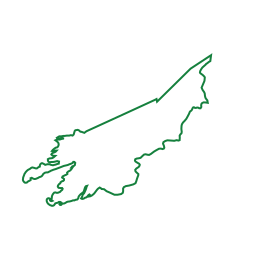 Carutapera, Maranhão, Brazil, rotated 222°
{"feature_id": "56859067B5392779567911", "entity_name": "Carutapera", "entity_type": "district", "adm_level": 2, "iso_a3": "BRA", "parent_name": "Brazil", "parent_adm1": "Maranhão", "projection": "robinson", "projection_center": [-45.994, -1.395], "detail": "fine", "context": "isolated", "style": "outline", "palette": "green", "viewbox_px": 256, "rotation_deg": 222, "n_neighbors": 0, "source": "geoboundaries", "source_scale": "gbopen_adm2", "svg_char_len": 4622}
<svg xmlns="http://www.w3.org/2000/svg" viewBox="0 0 256 256"><g transform="rotate(222 128 128)"><path d="M85.6,200.1L87.5,201.6L89.8,202.0L90.7,202.3L92.2,203.3L94.1,205.0L95.4,205.6L98.0,206.2L100.3,207.2L102.6,213.9L103.0,214.6L104.8,217.0L105.7,217.3L108.0,217.4L110.8,217.1L111.6,217.3L112.4,218.5L112.9,220.4L113.2,222.7L112.7,227.1L112.8,228.0L112.4,229.2L112.2,230.9L111.6,232.8L115.0,237.7L121.2,214.0L124.0,167.0L126.2,168.6L126.7,167.2L137.9,141.2L153.0,106.3L156.7,97.8L157.2,95.2L160.1,94.0L160.9,93.4L163.0,93.4L164.1,93.0L165.6,91.1L165.6,90.1L164.0,86.8L164.1,85.3L165.6,84.5L166.7,82.9L168.4,81.4L169.7,79.8L170.7,78.9L171.9,77.3L173.5,75.8L174.3,73.1L173.5,72.9L171.8,74.3L170.0,76.7L168.6,77.3L170.0,75.5L170.9,73.9L173.0,71.9L173.7,70.3L172.7,70.4L170.9,70.5L169.8,70.3L168.7,69.6L168.0,68.6L167.6,67.3L167.7,66.2L168.5,65.1L168.9,63.6L169.1,62.2L169.2,61.3L169.1,60.1L168.1,60.8L167.2,61.7L166.8,62.7L165.9,63.5L165.9,62.1L166.3,60.9L167.0,59.7L167.5,58.1L167.2,57.0L165.7,57.0L164.4,57.8L163.4,58.6L163.5,57.5L163.7,56.2L164.2,54.9L165.0,53.9L165.9,53.0L166.4,52.0L166.7,51.2L165.6,50.1L164.5,49.7L163.7,49.9L163.0,50.5L162.2,51.5L161.5,52.1L160.6,53.0L159.5,54.5L158.5,56.0L156.8,56.9L155.6,55.2L156.2,54.4L156.8,53.3L157.4,52.2L158.3,51.0L158.8,50.1L159.7,49.6L160.7,49.0L161.6,48.8L162.5,48.1L163.4,47.4L164.2,46.3L164.9,45.2L165.9,45.1L167.1,44.8L168.1,44.5L168.7,43.9L168.9,42.5L168.5,41.2L167.7,40.3L168.3,39.1L168.7,37.0L169.3,36.4L170.3,35.9L171.4,35.4L172.8,34.6L173.3,33.4L173.5,32.1L173.9,31.0L174.3,30.0L174.5,28.6L174.5,27.6L174.5,26.6L174.3,25.6L174.2,24.6L173.8,23.7L173.3,22.4L172.8,21.1L172.0,20.0L171.4,19.1L170.5,18.6L169.5,18.4L168.6,18.3L167.8,18.5L166.7,19.7L166.5,21.5L166.0,22.7L165.5,24.1L166.1,24.9L166.8,25.5L166.2,26.6L164.9,26.8L163.5,27.4L162.6,28.3L162.1,29.3L161.7,30.2L161.3,31.1L161.0,32.2L160.3,33.3L159.9,34.4L159.9,35.7L160.2,36.8L160.1,37.9L159.8,39.2L159.0,40.3L157.9,41.3L157.4,42.7L156.9,43.9L156.6,44.9L156.1,45.8L155.6,46.9L155.0,47.9L154.2,49.2L153.4,50.8L152.0,53.5L150.3,56.9L148.9,58.9L148.0,60.2L147.6,61.1L147.2,62.0L146.7,62.8L146.2,63.9L145.7,65.0L146.0,66.2L145.2,66.9L143.9,66.8L143.4,66.0L142.7,64.8L142.9,63.5L143.7,62.3L143.6,60.7L142.8,61.4L142.5,59.4L142.5,57.9L142.8,57.0L143.3,55.6L143.4,54.1L142.3,53.3L142.6,52.0L143.2,50.8L143.7,49.5L144.2,48.2L143.8,47.1L142.6,47.3L141.4,47.3L140.7,46.4L140.7,45.4L141.5,44.0L141.8,42.4L141.3,41.5L141.7,40.1L141.5,38.3L140.9,37.4L139.6,37.1L138.9,37.6L137.8,38.3L136.8,39.3L135.9,39.1L135.5,38.0L135.8,36.4L135.7,35.2L136.1,34.3L136.8,32.9L137.8,32.0L138.8,31.6L139.6,30.6L139.6,29.4L139.5,28.4L139.2,27.2L138.5,25.8L137.8,25.1L137.5,24.2L136.8,23.3L135.4,23.4L135.8,22.6L136.5,22.1L137.4,22.0L138.0,22.4L138.9,23.2L139.9,22.8L140.6,21.8L140.6,20.7L140.1,19.9L139.5,19.3L138.4,18.7L137.1,18.3L136.0,18.3L134.3,18.5L133.2,19.0L132.4,19.3L131.7,20.1L131.3,21.1L131.4,22.2L131.6,23.4L130.9,24.5L130.1,25.6L129.9,26.8L128.9,27.7L127.4,28.0L126.2,27.8L125.0,29.1L124.6,29.9L124.3,30.8L124.0,32.0L123.3,33.2L122.6,33.9L122.0,34.7L121.2,35.9L120.4,37.5L119.4,38.3L119.0,39.4L117.8,41.0L117.9,42.3L118.8,44.1L118.9,45.0L118.9,47.1L118.3,50.1L118.4,51.2L120.0,54.7L120.3,55.7L120.3,56.7L119.7,57.6L119.4,56.5L118.7,55.2L118.1,53.8L117.0,50.2L117.0,47.9L116.5,47.2L116.0,45.8L115.7,44.3L114.6,44.6L113.7,45.8L113.2,47.6L112.6,48.4L112.4,49.6L112.5,51.7L112.0,53.6L111.5,50.6L110.3,52.1L109.7,53.7L109.4,55.6L109.3,56.8L109.7,61.4L109.7,62.7L109.2,64.8L108.0,65.1L106.8,65.0L106.2,65.5L104.8,66.5L101.6,66.7L98.7,67.7L93.5,69.3L91.2,71.3L88.9,74.3L88.5,76.4L89.4,77.9L91.1,79.7L91.5,81.2L90.7,83.4L88.7,85.9L86.3,89.7L85.5,92.0L86.2,93.9L87.3,96.2L88.1,98.1L88.7,99.7L89.5,100.7L92.1,100.7L93.4,100.8L94.6,101.7L94.7,103.4L94.0,106.1L94.2,107.7L94.7,108.6L95.8,108.9L97.6,108.5L100.0,108.1L101.0,108.4L101.7,109.6L101.1,111.1L99.6,112.9L98.7,114.2L98.5,117.2L98.3,119.0L97.4,120.2L95.6,121.2L94.3,122.1L93.6,124.1L92.9,127.8L92.4,129.5L91.8,131.3L91.1,133.3L89.8,134.7L88.3,135.4L87.6,136.6L87.8,137.6L89.2,138.7L91.5,139.8L92.2,141.2L91.6,143.3L90.5,145.2L86.3,148.5L85.1,149.4L83.7,151.5L82.1,152.4L81.5,153.5L82.9,155.3L84.5,156.9L84.8,158.3L84.7,159.8L85.5,161.1L87.7,163.0L89.7,165.5L90.4,166.8L90.8,168.8L90.7,171.2L90.8,173.9L91.6,177.3L92.2,179.6L92.8,181.1L92.9,182.0L92.6,183.2L92.7,184.3L93.3,186.1L93.3,187.1L92.7,187.6L91.8,187.7L91.0,188.3L90.3,189.5L89.2,190.2L88.3,190.3L87.3,191.2L87.6,192.7L88.8,193.8L89.5,194.9L89.6,196.1L89.0,197.6L87.4,198.9L85.6,200.1ZM126.2,27.8L127.4,27.0L128.0,26.4L127.9,25.5L126.9,25.4L126.2,26.2L126.2,27.8Z" fill="none" stroke="#15803d" stroke-width="2"/></g></svg>